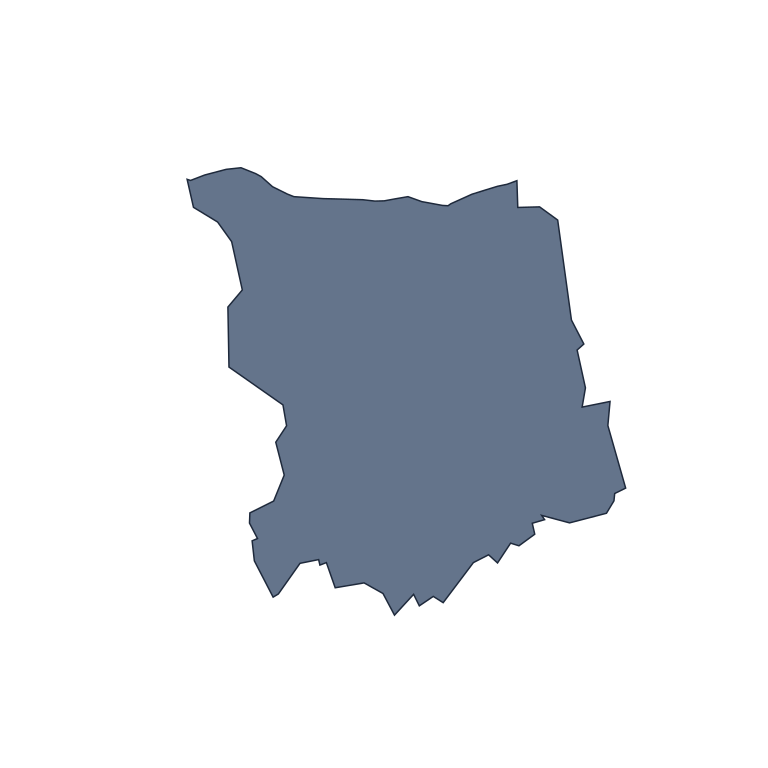 Teartse, Tearce, North Macedonia, rotated 24°
{"feature_id": "65306769B20870628535314", "entity_name": "Teartse", "entity_type": "district", "adm_level": 2, "iso_a3": "MKD", "parent_name": "North Macedonia", "parent_adm1": "Tearce", "projection": "albers", "projection_center": [21.037, 42.097], "detail": "fine", "context": "isolated", "style": "filled", "palette": "slate", "viewbox_px": 768, "rotation_deg": 24, "n_neighbors": 0, "source": "geoboundaries", "source_scale": "gbopen_adm2", "svg_char_len": 1154}
<svg xmlns="http://www.w3.org/2000/svg" viewBox="0 0 768 768"><g transform="rotate(24 384 384)"><path d="M641.6,397.2L639.3,390.2L647.1,380.8L605.4,330.9L597.6,308.0L574.4,324.5L569.6,305.6L546.6,274.4L550.3,266.2L529.2,249.3L476.0,163.6L454.1,158.9L434.4,168.3L422.7,144.2L415.2,151.5L407.3,157.2L397.2,166.0L387.2,174.8L371.7,192.2L370.0,195.1L364.7,197.1L348.5,201.0L344.5,202.0L329.7,203.1L319.5,209.9L309.7,216.6L301.3,220.6L289.6,224.3L264.8,234.5L253.0,239.4L225.5,249.5L218.4,249.8L201.9,249.1L187.5,244.5L181.2,244.0L165.4,244.6L152.5,252.1L135.2,266.0L124.5,276.7L120.9,277.1L138.1,300.1L166.1,303.7L186.9,315.9L216.3,355.7L210.1,377.2L235.5,431.6L300.2,444.2L312.0,461.8L308.8,481.2L329.9,507.8L330.8,535.8L313.9,556.3L317.7,565.8L331.3,576.6L327.3,580.9L337.5,598.3L369.4,623.8L372.9,618.8L380.2,582.0L395.7,571.0L399.1,575.5L404.0,570.6L422.3,590.0L446.7,573.8L468.3,575.8L487.6,590.9L496.6,564.1L506.5,572.3L515.4,558.0L527.0,559.7L538.3,510.8L549.0,497.5L560.5,501.3L564.4,477.9L573.1,476.9L582.8,459.9L576.1,450.9L585.9,442.6L581.5,439.9L610.0,435.4L639.8,411.6L641.6,397.2Z" fill="#64748b" stroke="#1e293b" stroke-width="1.5"/></g></svg>